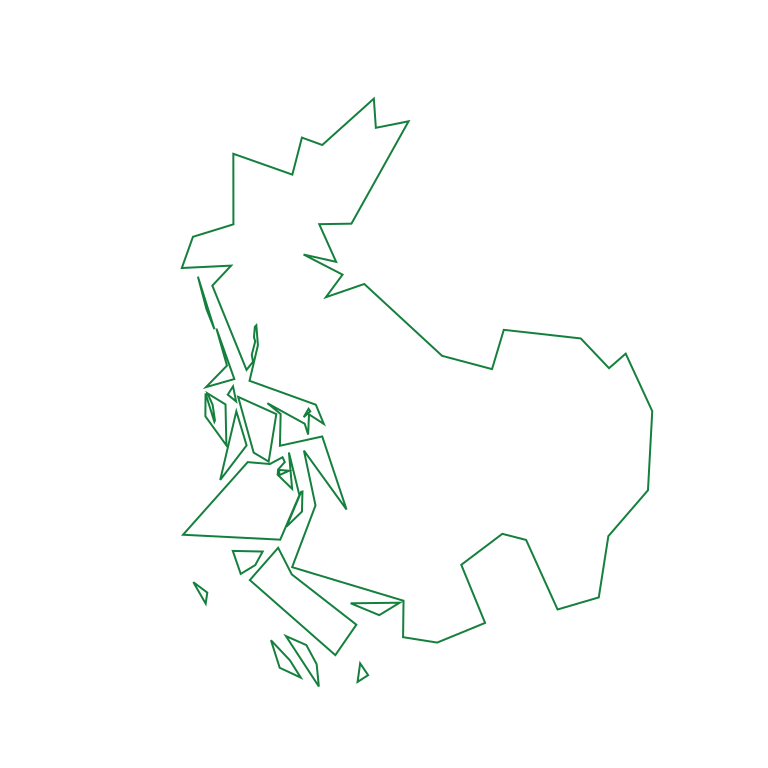 outline of Barisal, Barisal, Bangladesh, rotated 161°
{"feature_id": "16705992B66943755852345", "entity_name": "Barisal", "entity_type": "district", "adm_level": 2, "iso_a3": "BGD", "parent_name": "Bangladesh", "parent_adm1": "Barisal", "projection": "robinson", "projection_center": [90.343, 22.763], "detail": "medium", "context": "isolated", "style": "outline", "palette": "green", "viewbox_px": 768, "rotation_deg": 161, "n_neighbors": 0, "source": "geoboundaries", "source_scale": "gbopen_adm2", "svg_char_len": 1971}
<svg xmlns="http://www.w3.org/2000/svg" viewBox="0 0 768 768"><g transform="rotate(161 384 384)"><path d="M300.7,657.1L364.6,630.1L381.4,643.7L402.5,611.8L451.5,650.7L474.4,584.0L516.7,585.4L537.4,559.5L490.0,545.7L514.3,532.9L509.4,442.1L500.6,447.7L499.5,454.7L491.9,466.2L491.7,470.6L487.5,480.1L485.6,481.1L490.6,461.7L510.1,430.8L455.2,386.6L453.9,365.8L464.8,379.7L472.2,360.9L471.9,372.2L500.5,403.8L491.5,389.3L502.5,359.5L459.5,354.5L460.3,277.5L481.4,347.1L488.3,291.5L530.5,240.7L436.1,172.7L448.4,138.4L417.9,122.2L366.2,125.2L369.8,187.9L320.9,203.8L300.4,190.3L293.3,114.3L250.4,112.3L221.4,167.1L169.0,197.6L139.2,271.0L145.6,334.0L166.1,325.7L183.1,363.0L253.1,396.2L277.0,362.9L319.9,391.7L370.1,485.0L410.7,485.0L387.6,500.9L417.9,532.6L389.5,515.1L393.2,556.2L362.6,546.2L275.2,624.4L308.3,628.9L300.7,657.1ZM623.1,306.9L532.8,270.6L500.2,306.4L496.2,350.2L505.0,314.8L514.1,332.8L512.0,337.6L503.2,342.5L503.8,347.8L518.0,345.5L538.3,354.5L623.1,306.9ZM488.5,165.4L533.2,234.0L537.4,263.6L574.7,242.3L518.3,143.5L488.5,165.4ZM526.1,419.3L529.6,361.6L518.3,348.2L495.6,390.6L526.1,419.3ZM555.8,433.2L563.4,411.6L553.0,377.3L540.5,416.3L554.0,432.7L552.8,420.3L555.7,404.6L556.7,403.5L555.8,433.2ZM532.5,406.3L570.1,346.6L533.9,370.7L532.5,406.3ZM558.8,177.6L544.1,119.2L538.9,141.0L542.4,162.4L558.8,177.6ZM553.3,439.0L523.9,437.4L524.4,491.0L526.5,452.5L553.3,439.0ZM486.9,187.5L463.8,167.0L440.4,172.1L486.9,187.5ZM581.3,251.1L564.7,254.7L553.3,265.1L581.3,275.4L581.3,251.1ZM525.0,546.1L527.5,512.5L526.5,491.0L525.0,546.1ZM558.3,133.5L562.9,153.3L574.3,178.5L575.0,149.6L558.3,133.5ZM522.6,280.9L503.1,290.1L496.1,308.9L497.4,309.0L522.6,280.9ZM497.5,127.6L506.0,110.9L493.8,113.9L497.5,127.6ZM628.8,258.7L624.1,234.4L619.0,244.3L628.8,258.7ZM502.1,332.9L511.1,336.9L512.6,331.9L502.1,332.9ZM527.5,430.9L535.2,424.8L529.5,415.7L527.5,430.9ZM463.4,385.1L470.7,378.8L462.6,382.1L463.4,385.1Z" fill="none" stroke="#15803d" stroke-width="2"/></g></svg>